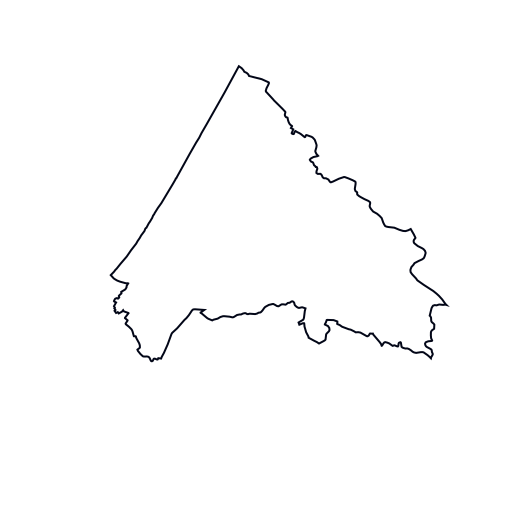 outline of Thang Binh, Quàng Nam, Vietnam, rotated 241°
{"feature_id": "81297802B72056692107631", "entity_name": "Thang Binh", "entity_type": "district", "adm_level": 2, "iso_a3": "VNM", "parent_name": "Vietnam", "parent_adm1": "Quàng Nam", "projection": "mercator", "projection_center": [108.347, 15.708], "detail": "fine", "context": "isolated", "style": "outline", "palette": "ink", "viewbox_px": 512, "rotation_deg": 241, "n_neighbors": 0, "source": "geoboundaries", "source_scale": "gbopen_adm2", "svg_char_len": 6113}
<svg xmlns="http://www.w3.org/2000/svg" viewBox="0 0 512 512"><g transform="rotate(241 256 256)"><path d="M212.3,123.3L213.5,124.7L215.9,128.5L221.5,135.9L228.7,144.2L229.4,145.4L231.0,152.0L234.8,162.5L235.4,165.0L236.8,168.6L239.3,173.4L239.6,174.3L239.7,175.2L239.0,176.8L233.9,184.6L233.4,180.1L233.1,180.0L232.2,180.6L225.6,183.1L224.3,183.8L220.9,186.5L220.9,187.9L219.8,192.1L219.9,195.3L219.3,198.1L218.8,199.0L215.7,203.5L213.8,205.6L213.5,206.3L213.4,207.5L213.6,210.8L212.8,213.3L212.1,214.6L212.0,216.5L211.6,218.1L211.0,219.2L209.5,220.1L209.0,220.9L208.6,222.5L205.6,227.1L205.1,229.3L205.2,230.6L204.5,232.5L204.6,233.4L205.2,235.2L206.6,238.1L207.0,239.5L207.0,243.5L206.0,247.1L205.6,247.9L204.0,249.0L202.2,250.0L201.3,251.0L201.1,251.5L201.3,254.5L201.2,255.2L200.6,256.3L199.1,258.3L199.1,258.9L199.5,261.1L198.8,262.8L199.0,264.7L198.9,265.5L198.7,265.9L197.9,266.5L196.5,266.7L194.7,266.2L193.9,266.2L191.8,266.9L190.6,267.6L190.0,268.1L189.6,268.8L189.0,270.9L188.6,271.7L186.2,273.9L184.2,272.0L179.1,268.3L178.0,267.3L177.4,266.4L177.2,261.0L174.9,260.6L174.5,264.2L174.0,265.4L173.7,265.5L170.7,264.2L165.0,262.9L160.1,262.8L159.0,262.4L153.8,265.7L151.2,267.5L148.9,268.7L148.8,273.9L148.9,275.5L149.2,276.3L153.5,279.4L153.9,280.2L154.8,283.3L155.6,284.4L157.5,285.2L159.8,285.0L162.7,283.0L162.9,283.1L164.0,284.9L165.7,286.8L165.6,287.3L162.3,292.8L159.3,295.4L158.8,295.2L157.3,294.1L157.1,294.1L155.1,295.7L152.4,297.0L147.0,301.6L145.7,303.1L142.5,305.3L140.9,306.2L139.8,308.5L138.4,310.2L132.2,314.0L131.7,314.7L131.8,316.1L132.7,317.6L132.9,318.2L131.7,320.0L131.5,320.6L130.3,320.5L120.9,322.4L119.3,322.6L118.6,322.7L116.6,322.4L116.5,322.8L117.9,325.3L118.2,326.4L118.0,327.3L116.6,328.8L115.0,330.1L111.2,331.9L111.1,332.1L110.9,333.5L110.7,333.9L108.8,335.4L108.3,335.9L108.1,336.3L108.5,337.0L110.2,338.2L110.7,338.8L110.8,339.5L110.5,340.6L109.9,340.7L106.0,339.3L104.9,339.7L103.6,340.8L102.6,341.9L101.8,343.5L100.6,344.6L98.6,345.7L96.3,346.6L95.0,347.5L93.6,349.1L91.9,353.8L91.1,355.2L90.4,355.9L86.1,358.0L83.6,358.9L81.7,359.4L82.6,360.2L83.6,362.0L84.3,362.9L85.0,363.2L86.6,363.3L88.5,364.0L89.2,364.0L90.2,363.5L93.8,361.2L94.8,360.9L95.9,360.9L97.3,361.3L98.2,362.5L98.2,363.2L97.9,365.3L96.6,368.3L96.5,368.8L96.7,369.1L99.2,369.3L101.7,370.4L104.3,371.9L105.1,372.6L105.7,373.9L106.0,376.5L109.5,378.7L110.5,378.6L113.0,377.7L113.5,377.7L114.3,377.8L117.2,379.2L118.7,379.3L119.6,379.0L124.9,383.9L125.6,384.7L126.5,386.3L126.7,386.8L126.4,388.5L125.3,390.0L124.9,392.1L124.7,392.8L122.5,396.0L121.7,398.0L120.9,398.8L122.3,398.4L127.7,397.8L132.4,396.7L135.4,395.7L139.4,394.1L149.3,388.8L155.9,385.6L156.6,385.3L158.7,385.1L164.3,383.7L166.8,383.4L168.4,384.0L169.3,384.6L171.0,386.6L172.0,389.5L172.9,391.2L172.8,396.0L172.5,399.4L172.7,401.3L173.0,402.1L174.0,403.4L176.0,405.5L176.8,406.0L178.7,406.3L180.9,405.8L182.5,404.9L186.3,402.3L190.5,400.6L191.8,400.7L192.8,401.2L193.6,402.1L194.4,404.1L194.7,404.3L198.3,404.5L204.6,404.4L204.7,401.7L205.1,399.6L205.4,398.6L206.7,396.7L209.4,394.1L213.7,390.7L217.2,385.8L218.5,384.3L219.6,383.5L221.5,383.4L223.6,383.5L228.2,384.3L231.0,383.6L234.2,382.4L238.1,380.0L241.2,379.4L242.6,379.3L244.0,379.4L244.7,379.7L247.0,381.6L247.9,381.8L249.7,381.0L253.2,378.4L256.5,376.3L258.4,375.2L260.5,374.4L261.2,374.5L262.5,375.3L262.8,375.3L264.5,374.5L266.1,374.7L267.0,375.1L270.7,378.0L271.9,378.7L272.8,378.9L273.4,378.6L275.4,377.3L279.0,374.5L281.9,372.0L282.4,371.3L283.4,366.0L283.8,359.3L284.1,357.4L284.4,356.9L285.3,356.6L287.8,356.4L290.0,354.9L291.1,353.1L292.0,352.7L292.5,352.5L295.0,352.7L296.5,352.3L296.8,351.9L297.8,349.9L298.4,349.5L299.4,349.1L300.8,350.0L302.5,351.9L304.0,352.3L304.4,352.2L304.9,351.4L305.8,351.4L307.2,350.8L309.8,351.2L310.6,351.0L311.7,350.0L312.6,349.8L314.0,349.7L314.6,350.8L314.7,351.5L314.7,354.2L313.5,358.2L313.5,358.9L316.1,358.3L318.4,358.5L319.1,358.8L321.8,361.5L323.3,362.6L324.2,362.9L326.4,363.3L328.9,363.7L329.8,363.6L332.2,363.0L333.4,362.3L337.2,358.9L337.4,358.5L337.2,358.0L336.3,356.8L336.3,356.3L336.8,356.0L340.8,354.4L342.6,353.4L344.4,352.1L346.2,351.1L346.2,350.7L344.4,348.1L344.7,347.5L345.6,346.8L346.0,346.7L346.2,346.8L348.7,350.0L351.0,348.6L352.1,350.5L352.3,350.5L354.0,349.7L355.6,349.4L357.4,349.5L359.5,349.9L361.4,350.6L361.8,350.6L362.8,349.6L363.8,349.4L364.8,349.4L365.6,349.7L367.5,351.4L367.9,351.5L371.6,350.6L383.2,347.2L384.8,346.9L395.0,344.4L395.8,344.7L397.6,346.5L399.9,349.9L401.0,351.2L401.7,351.3L407.9,346.7L416.8,337.2L418.6,337.3L420.7,336.6L422.8,335.1L424.5,335.1L427.3,334.5L430.3,333.0L414.3,307.9L395.4,277.1L389.9,267.9L387.0,263.7L384.2,258.6L377.4,247.4L363.6,225.4L362.8,224.3L362.7,223.4L362.2,223.0L359.2,218.0L348.1,198.8L345.6,193.5L342.6,188.1L341.8,187.0L341.3,185.7L339.6,183.6L337.4,179.8L336.6,178.1L333.8,173.8L333.8,173.1L333.5,172.4L331.9,170.5L329.7,165.6L328.1,163.0L326.4,159.6L324.9,157.2L321.6,149.5L318.2,142.7L314.9,133.8L312.5,128.0L312.0,126.2L311.1,124.3L309.7,119.7L305.4,120.7L304.0,121.4L301.8,122.7L299.4,124.7L295.6,128.6L295.0,129.3L294.3,130.7L294.0,130.9L292.5,128.3L291.3,127.5L290.4,126.0L290.1,125.0L290.0,120.8L289.9,120.6L288.8,120.4L288.5,120.1L287.8,117.1L287.5,116.6L286.2,116.4L286.0,116.2L285.6,114.8L285.9,114.3L286.6,114.0L286.9,112.4L286.7,111.7L286.3,111.1L285.4,109.9L284.8,110.0L283.2,111.1L280.9,107.4L279.2,107.5L278.8,106.7L277.3,107.0L276.9,106.9L276.6,105.7L274.0,106.0L273.9,107.9L272.3,108.1L272.3,111.8L273.0,113.5L272.3,113.5L271.5,113.7L268.0,116.8L267.8,116.8L265.5,111.5L265.2,111.3L262.0,112.5L261.8,112.4L260.2,109.3L259.9,109.1L259.3,109.1L255.9,110.5L252.5,111.5L251.2,111.6L249.7,111.4L245.1,110.3L244.9,110.4L244.2,111.8L243.8,111.9L242.7,111.6L241.4,111.5L236.3,111.5L234.3,111.1L232.4,110.2L232.0,109.6L231.6,106.9L230.3,106.7L226.3,107.4L223.2,108.4L222.4,109.2L221.1,111.7L220.6,112.4L219.9,113.1L219.0,113.4L218.3,113.5L215.9,113.3L215.2,113.3L214.8,113.5L214.4,113.9L214.4,114.9L215.6,116.6L215.6,117.2L215.0,118.0L213.6,119.1L213.2,119.7L213.2,119.9L214.0,121.0L212.3,123.3Z" fill="none" stroke="#020617" stroke-width="2"/></g></svg>